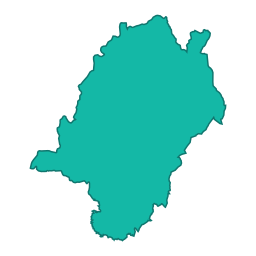 outline of Ambohidratrimo, Analamanga, Madagascar
{"feature_id": "10022922B52736847594449", "entity_name": "Ambohidratrimo", "entity_type": "district", "adm_level": 2, "iso_a3": "MDG", "parent_name": "Madagascar", "parent_adm1": "Analamanga", "projection": "robinson", "projection_center": [47.401, -18.676], "detail": "fine", "context": "isolated", "style": "filled", "palette": "teal", "viewbox_px": 256, "rotation_deg": 0, "n_neighbors": 0, "source": "geoboundaries", "source_scale": "gbopen_adm2", "svg_char_len": 5757}
<svg xmlns="http://www.w3.org/2000/svg" viewBox="0 0 256 256"><path d="M165.4,207.2L167.2,203.1L166.8,200.4L166.9,199.4L167.9,196.2L168.1,193.8L169.5,193.7L168.3,191.9L168.9,190.9L170.1,190.5L170.2,189.7L169.8,188.2L170.0,186.3L169.7,185.6L170.2,182.6L169.3,181.2L168.9,179.1L169.7,175.9L170.7,174.6L171.1,172.1L175.2,170.2L178.1,167.0L180.8,165.2L181.5,163.1L181.1,160.6L180.3,159.3L180.1,158.5L179.4,157.6L178.0,157.2L179.8,155.3L182.2,154.2L185.9,153.2L184.4,150.2L187.3,145.9L190.1,142.4L191.0,137.5L195.9,135.8L196.0,135.2L198.3,133.7L201.6,134.0L202.4,132.6L203.8,131.2L206.0,129.6L206.9,127.4L208.0,125.8L208.8,124.0L213.7,117.4L214.3,119.3L219.9,123.5L222.0,124.0L220.7,119.4L220.8,119.2L222.0,118.9L222.3,118.5L223.8,115.1L224.1,111.1L225.4,108.4L225.6,105.7L225.6,105.3L224.6,105.5L224.0,104.9L224.0,101.8L223.0,99.3L223.0,98.6L221.6,96.7L220.9,94.7L219.4,92.7L216.5,90.5L216.1,88.8L213.3,86.0L213.1,85.5L212.8,81.9L212.9,72.6L212.1,70.2L210.5,68.1L209.5,67.5L208.7,66.7L208.1,65.6L207.0,54.5L204.7,53.9L204.3,53.5L203.0,53.8L201.5,53.4L200.4,52.7L200.4,52.2L201.3,50.7L201.3,49.8L202.3,48.7L202.6,47.3L204.3,46.1L205.3,44.8L207.2,40.4L208.5,38.9L209.3,37.4L209.9,35.8L210.2,33.2L210.0,32.9L209.0,31.8L208.4,31.7L207.9,30.5L206.7,30.4L205.8,30.7L205.2,30.3L205.0,29.9L204.5,29.7L203.5,30.1L203.0,32.3L200.3,33.3L194.9,30.5L194.4,31.5L192.6,31.7L190.7,32.7L190.4,33.3L190.5,34.9L191.1,36.7L191.3,39.0L188.9,40.5L189.0,42.6L188.8,43.1L187.6,43.9L186.6,45.3L187.3,47.8L186.8,51.9L186.1,51.0L184.8,50.0L183.5,49.6L182.3,49.8L181.3,49.5L180.7,48.2L180.2,45.5L179.8,45.1L178.1,44.4L176.1,42.6L175.8,41.5L176.1,40.0L176.0,38.9L174.8,37.8L173.4,35.5L172.0,34.0L171.7,33.3L171.3,29.7L170.3,28.4L170.0,27.0L169.6,26.6L169.1,26.5L168.9,25.4L167.2,22.6L167.6,21.4L167.0,20.2L166.7,18.8L166.8,17.9L166.3,17.0L165.8,16.8L164.3,18.3L163.5,18.4L160.2,15.9L157.6,15.4L156.2,15.6L153.3,17.2L151.6,19.6L148.3,21.3L147.5,23.0L146.0,23.9L143.9,24.5L142.1,24.1L138.9,25.4L136.6,25.9L132.9,27.4L131.9,27.3L130.6,26.5L129.7,26.5L128.0,27.6L127.4,29.0L126.4,26.8L126.4,24.1L126.1,22.9L123.6,23.0L121.2,22.8L120.4,23.5L120.0,24.6L119.6,26.9L120.3,34.0L120.0,35.3L119.5,36.2L118.3,37.1L117.4,37.2L115.4,36.3L113.1,36.1L111.7,39.6L111.3,40.1L108.2,42.0L106.2,45.8L105.4,46.1L103.4,46.2L102.1,46.8L101.5,47.3L101.1,47.9L100.8,48.9L100.7,50.1L100.9,50.8L101.7,52.2L104.3,54.2L104.3,54.7L102.3,56.3L101.7,56.5L99.7,56.3L97.8,54.8L95.0,55.3L93.6,57.0L93.6,59.4L94.2,63.2L93.5,70.4L91.9,70.8L90.1,72.0L87.4,76.6L82.9,81.7L81.0,84.2L79.4,84.9L78.6,85.9L78.4,86.5L79.2,87.9L79.2,89.0L79.4,89.6L81.4,91.8L81.5,93.3L81.1,94.5L80.1,95.4L79.9,95.9L79.8,99.6L78.2,100.7L77.8,101.5L77.7,104.0L77.1,105.8L76.2,107.3L76.2,107.8L76.8,109.0L76.1,112.6L74.9,114.4L73.7,116.7L73.6,117.4L74.0,118.0L74.8,119.0L75.5,119.5L74.8,120.0L73.7,120.2L72.0,122.2L71.1,122.9L70.5,122.9L69.2,122.3L68.0,121.1L66.1,118.0L65.7,116.6L64.4,116.0L63.3,116.3L62.0,118.5L61.6,119.0L60.4,119.6L60.1,120.8L60.2,122.7L59.6,126.1L59.0,127.1L57.4,127.9L57.2,129.0L57.4,130.8L57.5,131.5L57.8,131.7L58.0,132.9L58.8,134.2L59.5,135.7L58.7,138.4L59.7,144.3L60.3,145.2L60.2,146.6L59.8,147.8L57.5,148.9L56.8,150.5L56.6,152.3L56.1,152.7L51.0,151.6L49.5,150.9L47.9,150.7L41.3,151.0L39.5,150.8L38.4,151.2L37.8,152.1L37.3,155.2L33.6,159.7L32.1,161.9L31.5,163.4L30.4,168.0L30.4,168.3L31.7,168.7L33.1,168.8L33.9,168.5L35.7,166.5L36.3,166.4L36.6,166.8L36.6,169.1L38.4,170.8L41.2,171.5L46.3,171.4L47.0,170.7L47.4,170.6L48.6,171.0L49.3,170.7L51.6,170.8L53.9,170.4L54.7,170.5L55.4,171.0L60.7,170.7L61.4,171.1L62.6,174.2L63.5,175.4L66.0,175.8L67.5,176.7L68.9,177.2L69.2,177.7L69.5,179.9L69.8,180.4L70.3,180.6L71.7,180.5L73.2,182.0L73.9,182.4L75.2,182.7L77.2,182.1L79.5,182.2L84.2,180.8L85.4,181.7L86.5,183.4L86.9,183.6L88.2,182.2L88.9,182.0L89.3,182.5L89.5,183.3L89.5,185.2L89.5,187.4L89.0,190.1L88.3,191.9L88.6,193.6L89.1,194.4L90.1,194.9L92.6,198.6L93.4,199.2L94.8,199.4L94.8,199.8L94.3,200.3L97.5,200.9L98.9,201.8L99.1,202.2L98.5,202.8L99.3,203.6L99.5,205.4L99.1,205.9L98.3,206.0L99.4,207.1L99.1,209.0L100.2,209.9L100.6,210.7L100.5,211.5L99.9,211.9L98.8,211.5L97.8,212.0L96.7,211.4L96.6,211.7L96.9,212.5L96.7,212.6L95.6,212.2L95.1,210.7L93.9,210.4L92.2,211.2L92.4,211.4L93.1,211.6L93.8,213.3L92.3,213.5L92.1,215.4L91.1,216.9L91.5,217.3L91.7,218.0L91.2,219.3L91.3,219.7L92.7,220.1L92.0,220.7L91.8,221.2L91.1,221.5L91.1,222.7L92.0,222.8L91.2,223.3L92.2,224.2L92.0,225.0L92.4,225.3L92.3,225.8L92.4,226.8L93.2,227.1L93.1,228.6L94.0,228.7L94.6,230.8L96.7,231.9L96.2,232.7L96.3,233.4L96.7,233.4L97.1,232.7L97.8,232.9L98.5,232.7L98.4,233.7L100.5,234.7L100.5,235.4L100.2,236.4L101.1,236.9L101.4,236.7L101.5,235.3L101.9,235.4L102.4,236.5L102.7,236.6L103.3,234.6L103.9,235.1L105.2,234.7L107.2,235.5L108.1,237.6L108.6,237.6L109.0,237.0L110.4,237.0L112.1,237.8L112.5,239.0L113.7,239.3L114.1,240.0L114.4,239.4L115.9,239.0L116.5,239.1L117.0,239.5L118.1,238.5L118.5,238.6L119.1,239.4L120.5,239.8L121.4,239.7L122.4,240.6L123.7,239.5L124.3,239.3L125.1,238.6L125.6,238.5L125.8,237.9L127.0,237.0L126.8,235.9L127.0,234.7L127.3,234.3L128.0,234.2L128.4,233.7L128.7,234.1L129.1,234.2L130.0,233.4L130.5,234.0L130.5,234.6L130.8,235.3L132.2,235.5L132.5,234.9L132.8,235.1L132.7,235.5L133.2,236.0L133.6,235.8L133.9,236.0L135.2,231.7L134.4,229.0L135.0,228.0L136.1,228.8L136.5,229.5L138.1,231.5L138.9,230.1L139.3,228.5L141.9,224.7L143.4,224.3L146.6,222.2L148.0,221.0L148.0,220.5L150.6,220.8L151.3,220.5L149.4,218.8L150.1,216.1L151.3,214.5L151.4,213.8L151.9,213.8L151.9,213.3L152.7,212.5L153.3,211.1L152.8,209.5L153.0,209.4L152.7,208.9L152.9,207.1L153.3,206.3L153.3,205.5L153.0,204.8L154.2,203.5L155.2,204.1L156.6,204.3L157.6,206.0L158.0,206.2L161.1,204.5L161.5,203.8L162.3,204.0L164.6,206.7L165.4,207.2Z" fill="#14b8a6" stroke="#0f766e" stroke-width="1.5"/></svg>